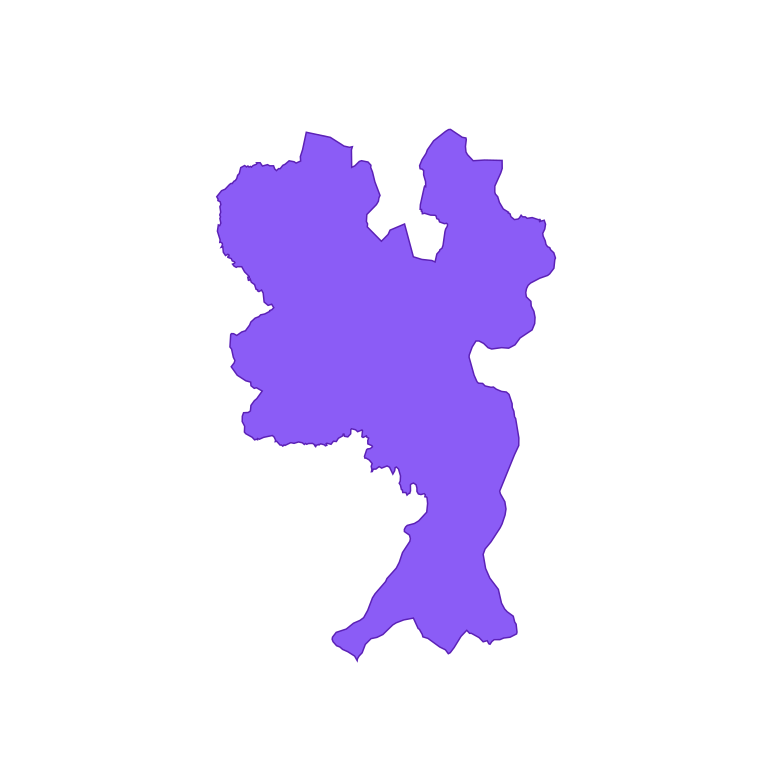 Bale, Balé, Burkina Faso, rotated 29°
{"feature_id": "67063806B68807156447803", "entity_name": "Bale", "entity_type": "district", "adm_level": 2, "iso_a3": "BFA", "parent_name": "Burkina Faso", "parent_adm1": "Balé", "projection": "equal_earth", "projection_center": [-3.151, 11.673], "detail": "fine", "context": "isolated", "style": "filled", "palette": "violet", "viewbox_px": 768, "rotation_deg": 29, "n_neighbors": 0, "source": "geoboundaries", "source_scale": "gbopen_adm2", "svg_char_len": 6170}
<svg xmlns="http://www.w3.org/2000/svg" viewBox="0 0 768 768"><g transform="rotate(29 384 384)"><path d="M444.7,163.1L441.4,166.5L441.0,166.1L441.5,165.0L440.6,164.5L439.4,165.4L432.9,166.6L428.9,169.7L426.6,169.3L424.1,170.6L422.1,169.9L421.9,173.2L421.2,174.8L418.3,177.0L413.8,176.1L411.8,174.1L409.6,174.1L409.6,173.4L403.5,173.1L396.9,169.2L392.7,165.1L389.4,163.9L387.9,162.5L385.0,157.2L383.8,142.8L382.9,138.2L378.9,131.2L363.5,139.3L353.7,145.5L345.8,142.9L343.2,141.3L340.1,136.8L337.5,130.4L336.4,129.1L332.8,130.3L318.7,129.1L317.1,130.2L315.4,133.2L309.5,147.3L308.4,158.2L309.0,161.9L308.5,169.5L309.3,175.8L311.2,178.2L313.2,177.6L315.2,178.1L317.3,181.9L322.2,186.8L324.5,190.6L324.8,191.3L323.6,191.3L323.9,192.8L328.9,209.6L330.9,213.7L332.2,213.2L332.8,214.7L333.6,214.6L335.0,216.5L336.7,215.0L342.9,213.7L346.8,211.7L348.1,211.8L350.0,213.8L352.0,213.5L354.0,215.3L359.1,214.5L360.9,213.1L362.1,213.4L362.9,215.2L362.8,218.7L363.5,221.3L368.4,234.1L368.9,237.1L367.8,239.5L368.1,240.8L367.2,244.7L369.5,252.5L366.0,252.8L356.7,256.7L348.0,258.5L324.4,234.1L314.7,246.5L315.1,251.2L312.5,260.4L293.2,254.7L292.0,251.9L289.9,250.5L286.8,244.1L290.4,230.8L290.5,226.9L289.3,223.6L289.1,221.0L278.0,211.6L271.1,204.1L267.4,201.1L266.5,199.0L262.4,197.6L256.1,199.6L254.5,201.3L252.7,207.4L250.7,210.2L242.0,195.0L241.3,191.8L239.1,193.7L233.7,195.3L217.5,194.3L194.0,201.5L199.2,218.6L200.6,225.7L203.0,229.4L200.0,233.4L197.6,233.2L192.8,234.8L191.0,239.7L189.5,241.8L188.8,246.0L187.4,246.7L186.5,249.5L184.2,248.9L181.6,246.7L178.2,248.6L175.8,248.6L172.0,252.3L168.4,250.5L165.3,252.3L166.0,252.7L165.9,253.6L163.6,256.4L162.9,258.6L161.8,258.4L160.8,259.7L159.3,259.3L158.5,260.8L156.2,260.5L153.8,264.2L155.4,270.1L154.8,272.4L155.6,275.8L155.3,278.2L154.5,279.3L154.0,282.3L153.0,282.7L152.2,284.3L150.6,290.6L148.2,293.7L146.9,301.3L149.2,302.7L149.8,304.1L152.3,304.0L154.3,306.1L154.5,308.5L157.9,312.9L158.4,315.8L160.0,317.1L160.2,318.8L163.3,322.4L163.5,325.2L162.0,325.2L164.2,331.1L170.8,337.4L171.7,339.7L172.3,339.1L174.4,339.4L175.3,340.8L175.3,343.4L176.5,342.2L179.6,346.7L183.1,348.5L184.4,346.4L185.5,346.1L186.4,347.0L185.7,348.0L186.0,348.9L189.7,348.4L191.6,349.9L193.9,349.6L194.8,350.2L194.7,350.9L193.4,352.6L195.7,353.6L198.2,353.6L199.0,352.4L202.7,350.4L207.7,353.5L214.0,355.3L214.5,356.1L213.1,356.7L215.1,359.0L215.7,358.9L216.1,357.1L218.6,359.3L222.6,359.8L226.2,363.2L227.8,362.9L228.3,363.8L229.8,363.8L231.4,361.2L234.2,363.0L239.4,370.4L244.5,371.4L247.1,368.7L250.6,370.7L249.9,373.4L248.4,375.2L248.8,375.9L245.7,380.6L242.6,383.3L241.9,385.8L239.3,388.9L237.5,394.3L237.9,397.6L237.0,404.6L234.3,407.5L231.7,412.9L228.1,412.9L226.1,413.9L226.0,415.2L231.3,426.3L233.8,427.4L239.3,433.7L242.2,435.7L242.7,438.1L242.0,443.0L251.4,447.5L261.6,448.2L266.5,447.0L268.5,450.0L272.6,450.7L274.2,449.1L280.9,449.2L279.8,458.6L278.7,461.4L278.0,467.2L280.2,472.3L279.1,474.7L275.1,477.2L275.7,480.9L278.2,485.6L282.6,488.5L285.2,493.7L287.2,494.5L294.5,494.5L297.9,495.6L299.3,494.1L300.4,494.0L300.0,493.0L301.8,492.7L304.6,489.0L311.3,483.2L313.7,483.7L316.4,485.7L316.8,487.1L317.9,486.1L322.7,487.8L324.0,487.1L325.6,487.4L326.1,485.8L327.2,485.7L330.9,480.5L334.1,479.5L337.4,476.1L341.1,475.0L343.6,475.5L344.2,474.1L345.6,474.2L346.8,472.7L350.3,470.6L353.2,470.8L353.2,471.5L354.6,471.9L354.5,470.5L356.0,468.7L356.7,468.8L357.6,467.0L361.4,466.1L362.7,466.5L363.7,465.3L362.3,464.2L362.8,463.5L366.9,462.4L367.5,458.6L370.2,457.4L370.4,453.6L373.0,449.4L372.6,447.6L373.3,447.2L374.8,448.9L378.0,447.8L379.0,443.7L377.1,440.0L377.3,438.9L381.3,437.8L384.1,438.5L387.0,434.9L387.8,435.2L390.2,440.8L391.6,440.9L393.8,437.9L394.7,438.8L396.8,438.8L397.2,441.3L398.9,444.2L403.3,443.8L404.3,444.5L403.4,447.0L401.1,448.8L400.7,449.9L402.0,456.8L403.3,458.1L404.2,457.5L407.9,457.6L412.2,459.3L412.7,462.2L414.9,464.7L415.5,466.8L416.2,466.2L415.9,463.7L418.2,462.3L419.8,458.6L422.7,458.7L426.4,454.2L429.2,454.1L435.4,458.5L435.4,454.7L434.3,451.8L435.1,450.6L437.9,451.3L443.0,456.4L445.3,461.1L445.4,463.4L447.4,464.5L450.4,467.9L451.5,467.8L453.0,469.8L455.8,468.3L458.0,470.0L458.7,467.7L459.5,467.2L459.0,464.6L456.0,459.4L456.3,458.1L457.9,456.3L460.9,456.6L463.2,459.0L464.9,462.0L467.4,463.5L469.9,462.8L472.3,460.4L473.8,460.8L474.4,462.8L476.0,462.2L476.8,462.7L480.1,467.4L483.5,475.4L480.7,486.9L478.2,491.3L472.9,496.4L472.2,498.6L472.3,501.3L473.4,503.2L479.5,503.8L482.0,506.4L482.9,509.1L481.9,522.4L483.8,532.5L484.0,539.1L480.9,552.7L481.2,556.0L477.9,571.7L477.6,576.7L479.5,589.9L479.5,598.2L477.6,602.4L473.3,608.0L469.8,616.6L462.6,624.4L461.7,630.4L462.4,632.4L464.4,634.1L469.4,635.9L472.9,635.4L476.4,636.2L482.2,635.7L490.2,636.2L494.6,638.9L494.0,637.2L494.1,634.0L495.2,629.7L493.9,620.8L496.1,613.0L500.7,609.0L504.5,603.6L508.4,590.6L510.4,587.0L515.7,580.7L523.2,574.5L532.4,581.3L533.9,581.4L538.9,584.5L540.6,586.3L545.7,585.2L560.3,587.0L566.6,586.7L571.0,588.7L572.2,586.9L573.1,580.6L573.7,567.4L575.8,559.3L579.7,560.6L581.3,559.7L590.1,559.7L595.7,561.4L598.7,558.5L601.7,560.4L602.9,560.2L603.2,556.9L604.3,554.2L609.3,551.4L611.9,548.1L617.0,544.4L621.1,538.3L620.6,536.5L616.0,530.0L613.7,528.8L609.6,524.4L602.2,523.5L598.6,522.3L593.0,518.7L583.6,508.2L570.7,502.5L562.3,496.1L553.3,484.9L552.4,479.3L554.1,470.2L555.3,453.5L555.1,449.1L553.4,439.9L551.3,434.2L546.8,428.4L539.0,423.6L537.1,421.6L532.4,382.6L531.7,372.5L528.1,365.8L515.9,350.4L514.1,349.4L510.8,344.9L507.6,342.4L505.6,339.1L498.4,332.5L494.9,331.7L490.4,333.5L484.8,334.1L481.2,333.6L479.2,335.0L473.3,336.7L470.0,335.7L466.2,337.5L464.2,336.9L458.5,332.6L445.4,319.3L444.5,317.3L443.2,308.9L443.6,301.8L446.3,300.3L451.5,300.2L457.4,301.8L461.2,301.2L469.2,295.2L475.7,292.2L479.6,286.2L480.7,277.7L487.3,264.9L486.5,258.1L483.8,252.5L479.9,247.8L475.0,244.5L472.4,240.5L466.3,238.8L463.7,235.4L462.4,231.5L462.2,227.8L463.2,224.7L468.9,216.0L474.5,209.7L475.5,207.3L476.5,200.4L473.1,192.4L472.9,190.7L468.9,186.9L464.6,185.8L462.9,184.4L460.5,184.6L458.0,183.4L455.6,180.6L451.5,177.5L449.8,175.3L449.5,170.5L447.8,165.9L444.7,163.1Z" fill="#8b5cf6" stroke="#5b21b6" stroke-width="1.5"/></g></svg>